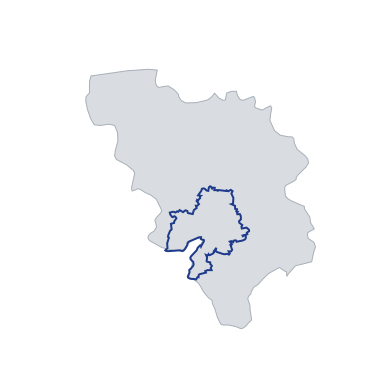 where Namur sits in Belgium, rotated 22°
{"feature_id": "BEL-3476", "entity_name": "Namur", "entity_type": "Province", "adm_level": 1, "iso_a3": "BEL", "parent_name": "Belgium", "parent_adm1": "", "projection": "albers", "projection_center": [4.867, 50.216], "detail": "fine", "context": "in_parent", "style": "outline", "palette": "blue", "viewbox_px": 384, "rotation_deg": 22, "n_neighbors": 0, "source": "natural_earth", "source_scale": "10m", "svg_char_len": 4458}
<svg xmlns="http://www.w3.org/2000/svg" viewBox="0 0 384 384"><g transform="rotate(22 192 192)"><path d="M175.9,91.9L181.4,94.7L186.3,95.4L188.4,94.2L187.1,87.3L191.1,83.7L195.5,82.0L197.5,85.0L201.5,88.0L204.7,88.1L213.2,80.3L215.2,81.8L217.1,84.6L217.5,86.8L217.8,89.2L219.7,90.2L226.5,89.7L229.9,85.4L232.6,82.7L234.6,84.5L235.6,89.8L237.5,96.6L245.6,104.2L252.5,106.3L260.8,104.7L264.2,103.4L266.4,104.5L268.7,108.5L273.6,113.1L283.8,116.2L286.9,118.0L289.1,121.1L288.6,125.5L283.8,136.6L283.2,139.9L283.9,141.0L283.0,143.0L276.7,150.5L276.2,153.1L278.3,157.3L280.1,160.8L284.0,162.5L287.6,163.0L294.4,163.2L301.6,163.3L302.5,165.4L310.7,171.2L313.3,175.9L319.2,180.4L314.5,186.3L315.3,188.8L317.1,191.5L323.7,192.9L327.1,196.6L327.4,202.4L329.1,211.9L315.6,221.6L311.9,232.2L311.6,234.3L311.1,234.0L309.5,230.5L307.0,230.6L301.3,229.2L293.5,238.9L290.1,246.8L288.0,252.7L284.9,257.4L284.3,262.4L284.7,264.5L283.6,267.2L283.6,270.0L288.3,275.5L289.5,278.5L295.2,288.3L293.5,292.0L292.2,295.9L290.6,298.7L288.7,300.4L282.9,300.4L275.6,301.7L270.6,303.7L268.0,303.7L262.7,298.9L256.7,291.5L252.9,288.0L251.2,285.0L246.5,283.7L239.8,280.1L235.2,276.2L231.3,273.7L225.7,272.5L221.1,272.6L219.8,266.0L219.2,258.4L215.5,253.3L220.6,233.3L217.6,231.4L214.3,233.0L209.4,237.7L207.1,243.4L205.8,248.4L197.7,253.1L184.8,254.8L170.9,253.0L168.9,251.7L168.0,250.2L168.0,248.4L169.1,245.7L171.5,242.5L172.2,237.8L169.7,233.8L168.1,232.2L168.8,228.3L170.7,223.4L171.1,220.6L161.7,212.1L154.9,210.3L148.3,210.0L143.3,208.9L140.4,209.3L138.3,211.7L136.1,213.5L134.5,211.3L131.9,196.3L129.7,194.0L121.2,191.3L109.7,190.2L106.6,187.4L105.1,180.7L104.2,172.5L100.6,164.7L98.7,162.7L95.3,159.2L89.3,160.4L82.0,164.7L77.7,165.9L76.1,166.3L70.4,161.8L64.2,154.7L59.3,147.3L58.1,143.2L59.9,138.3L58.1,134.5L55.5,127.5L54.9,122.2L86.3,104.0L105.2,94.7L114.1,92.0L116.0,101.8L117.6,104.9L119.6,107.0L122.4,107.4L125.6,105.1L130.1,102.6L137.3,103.9L142.5,106.4L144.3,108.8L147.7,111.2L152.8,111.8L162.6,107.5L172.0,100.8L174.8,96.1L175.9,91.9Z" fill="#d9dde1" stroke="#a8b0b8" stroke-width="1"/><path d="M218.5,232.5L217.7,232.2L217.3,230.5L215.4,231.4L207.7,239.2L207.2,240.1L207.0,241.2L207.2,241.9L207.5,242.4L207.5,243.2L207.0,246.8L206.5,248.6L205.8,249.9L205.0,250.4L202.0,250.9L191.8,255.9L189.7,256.3L189.1,256.1L189.3,255.6L190.3,253.2L188.2,248.9L187.7,243.0L186.5,242.6L186.2,240.8L186.2,236.2L187.1,234.3L184.4,229.4L187.0,227.4L186.5,225.8L187.4,222.2L186.3,221.4L184.8,221.0L183.5,222.6L182.9,222.6L180.3,221.0L179.1,219.4L182.0,217.3L184.4,217.2L185.4,215.5L186.7,215.5L187.3,213.4L191.3,214.0L192.7,211.5L194.7,211.3L196.1,213.0L200.9,212.2L200.5,208.0L202.3,205.1L200.8,203.3L201.9,203.0L203.0,200.6L199.9,198.7L200.6,198.1L199.9,197.3L200.9,197.1L201.8,194.5L200.9,193.2L201.5,192.2L198.9,192.8L200.2,187.3L200.0,185.3L201.2,184.4L202.5,184.2L205.1,185.2L206.7,184.8L205.9,181.3L206.7,179.9L207.4,179.9L209.4,181.3L209.7,180.1L211.5,179.6L212.0,181.9L214.9,180.7L215.7,181.9L215.4,180.6L215.8,180.3L223.5,178.2L223.5,177.5L225.4,177.7L227.1,175.5L229.3,176.0L229.1,178.7L232.6,182.0L234.4,187.5L233.1,188.5L237.1,188.7L238.2,191.4L239.2,191.5L240.9,190.7L239.9,191.7L240.4,193.4L241.8,193.2L241.5,194.2L242.3,195.6L244.7,194.6L246.3,196.1L247.6,199.1L246.5,201.4L247.4,202.8L251.0,203.8L250.9,205.9L251.9,207.2L255.9,204.6L258.9,205.6L259.6,207.0L258.1,209.1L259.1,210.4L255.2,213.4L255.8,213.9L256.6,212.6L258.3,212.5L259.1,214.3L259.0,216.0L257.0,218.1L252.0,221.4L251.2,220.5L250.4,220.5L248.8,221.6L249.0,223.0L246.9,222.8L245.6,223.8L248.4,225.3L247.6,226.5L248.4,226.5L248.3,227.6L250.9,230.6L250.3,232.6L248.2,233.3L250.1,235.0L249.7,236.2L247.8,236.1L245.8,237.4L244.3,237.8L237.5,238.3L235.9,237.7L235.5,234.6L234.4,238.9L235.1,239.6L234.3,241.5L232.0,244.0L231.2,244.2L230.6,243.5L230.1,245.3L228.7,245.2L230.5,247.0L231.4,250.6L232.2,251.0L235.3,250.4L235.9,251.9L238.1,253.0L237.8,255.5L239.4,257.1L235.7,258.6L233.9,260.3L235.1,261.5L229.7,265.5L229.3,266.5L230.0,268.6L229.0,268.9L228.7,270.8L228.5,271.6L227.1,271.7L224.0,272.8L222.3,273.1L220.4,272.8L219.8,271.9L219.8,267.7L219.6,267.1L218.9,265.9L218.7,265.3L218.9,264.6L219.5,263.9L219.8,263.3L220.1,261.9L220.5,260.9L220.7,260.0L220.6,258.5L219.4,256.4L216.0,255.0L215.0,253.4L215.3,251.6L218.1,244.6L218.2,243.4L218.1,242.5L218.2,241.5L219.5,238.5L220.0,238.3L220.8,239.2L220.9,237.2L221.3,234.9L221.4,232.9L220.8,232.0L218.5,232.5Z" fill="none" stroke="#1e3a8a" stroke-width="2"/></g></svg>